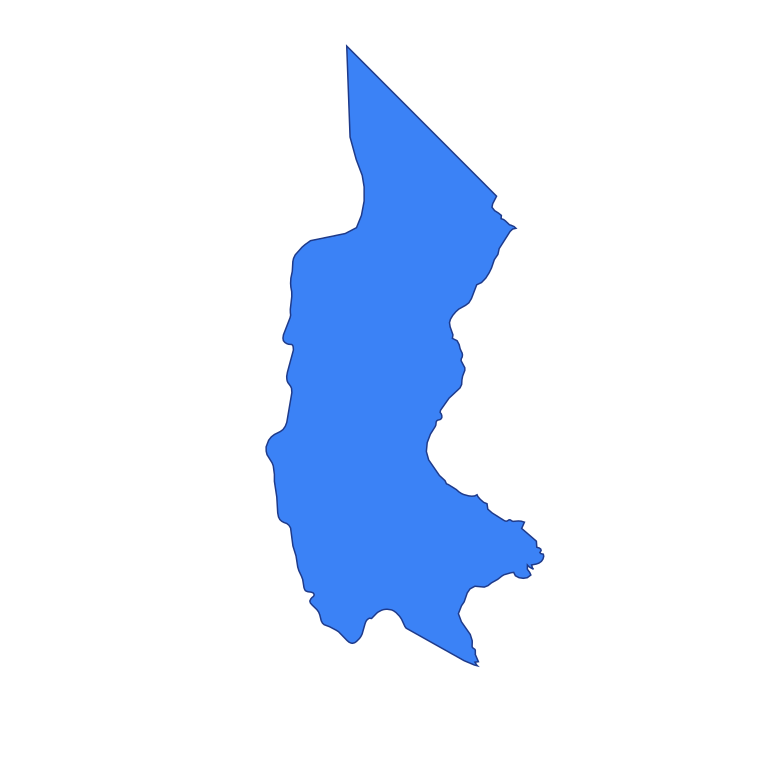 SVG path tracing the border of Northern, rotated 45°
{"feature_id": "PNG-1256", "entity_name": "Northern", "entity_type": "Province", "adm_level": 1, "iso_a3": "PNG", "parent_name": "Papua New Guinea", "parent_adm1": "", "projection": "albers", "projection_center": [148.587, -8.98], "detail": "fine", "context": "isolated", "style": "filled", "palette": "blue", "viewbox_px": 768, "rotation_deg": 45, "n_neighbors": 0, "source": "natural_earth", "source_scale": "10m", "svg_char_len": 3554}
<svg xmlns="http://www.w3.org/2000/svg" viewBox="0 0 768 768"><g transform="rotate(45 384 384)"><path d="M330.8,171.6L333.4,179.7L335.4,182.7L339.6,183.2L344.0,182.2L347.8,181.8L349.9,184.3L352.3,183.1L354.7,182.8L360.2,182.7L361.3,182.0L364.7,180.7L367.2,180.6L365.4,183.5L365.3,187.0L369.7,206.8L372.9,211.8L374.1,218.1L378.0,226.0L379.7,231.0L381.1,237.2L381.2,243.3L379.4,248.3L385.4,261.7L386.6,266.6L386.1,270.4L383.9,278.2L383.7,282.2L384.1,286.9L385.2,291.2L386.9,294.3L390.3,296.8L398.0,300.5L400.1,303.4L405.1,301.7L409.3,303.0L412.8,305.2L415.6,306.3L417.2,306.8L418.9,307.9L420.2,309.6L420.8,311.5L422.0,313.0L429.7,315.4L431.5,317.2L434.0,322.8L436.2,326.0L439.2,329.4L440.5,333.0L440.0,348.0L442.5,362.5L443.7,364.4L445.7,364.7L447.4,365.6L448.6,366.8L449.0,368.1L448.8,369.5L447.6,371.5L447.3,372.6L447.7,373.9L449.7,376.4L450.3,377.9L452.3,386.7L456.0,394.9L461.7,401.8L469.3,406.1L487.9,409.5L495.5,409.2L498.7,410.4L500.7,409.6L509.8,407.5L513.3,407.3L516.1,406.7L518.5,405.8L523.0,403.2L525.4,401.3L527.3,399.0L528.1,396.5L529.8,397.2L533.7,397.5L538.2,397.2L541.5,395.8L545.9,399.1L551.7,398.7L565.4,395.6L566.7,395.1L567.6,394.4L568.0,393.6L568.5,391.5L569.6,390.7L571.1,390.5L572.4,389.9L575.8,385.9L578.0,384.0L581.0,382.4L583.5,388.8L602.9,387.4L607.5,391.4L609.7,390.2L611.6,389.9L612.9,390.7L613.4,393.0L614.9,393.0L617.0,391.7L618.8,392.9L620.2,395.4L620.7,398.1L620.2,401.1L619.0,403.6L616.3,407.6L617.5,408.2L618.3,408.8L619.2,409.1L620.7,409.3L617.2,410.4L615.5,410.7L613.4,410.6L616.3,413.6L620.2,414.2L622.9,415.2L622.3,419.6L619.9,422.9L616.4,425.5L612.5,426.7L608.9,425.5L607.3,427.6L603.7,434.1L603.1,436.7L602.6,441.4L600.6,448.6L600.1,453.1L598.5,456.7L591.3,462.7L589.7,468.0L590.6,472.9L594.7,481.3L595.6,486.0L599.0,493.8L606.9,497.4L622.1,500.1L627.8,503.1L629.0,504.2L631.3,506.7L632.3,507.6L633.3,507.8L635.8,507.4L636.7,507.6L639.4,510.2L639.6,510.6L647.1,513.6L645.0,516.4L648.4,517.2L649.3,517.2L646.6,518.8L636.3,523.0L572.3,541.0L570.3,540.7L562.7,537.9L559.2,537.2L554.1,537.1L551.2,537.6L549.0,538.4L545.4,541.1L544.1,542.6L543.1,544.0L542.2,545.8L541.1,549.4L540.9,551.1L541.0,558.6L539.2,560.0L538.9,561.4L538.8,563.2L539.2,564.9L540.1,566.9L545.3,576.2L546.2,578.9L546.6,581.3L546.6,585.5L546.2,587.7L545.1,589.6L543.9,590.5L541.8,591.3L539.1,591.5L527.1,591.3L524.3,591.9L517.2,594.1L511.9,596.5L509.6,596.6L507.0,595.8L501.9,592.7L499.1,591.5L496.0,591.0L489.5,591.1L486.8,590.9L485.0,589.9L484.2,587.6L484.1,585.8L484.3,584.2L484.1,583.1L483.4,582.2L481.9,581.8L480.6,582.2L479.1,583.1L477.1,584.7L475.6,585.4L474.6,585.7L473.5,585.5L472.5,585.1L471.3,584.5L464.7,579.7L461.6,578.3L455.8,576.2L452.4,574.4L443.4,567.8L434.1,562.9L419.8,551.9L416.7,551.1L413.9,551.4L411.1,552.7L408.7,553.4L406.2,553.5L403.4,552.6L400.0,550.3L388.2,539.8L375.3,530.3L370.4,525.4L363.6,520.2L360.7,518.9L351.3,516.7L348.2,514.8L345.1,511.8L342.2,505.3L341.7,501.1L342.2,497.2L344.3,490.9L344.8,487.6L344.1,483.7L342.4,479.9L324.9,455.2L321.6,452.4L319.3,451.6L315.2,451.0L313.4,450.3L311.8,449.2L309.8,447.4L307.4,444.0L295.9,424.0L293.3,421.8L291.9,421.2L290.7,421.4L288.4,423.4L286.7,424.2L284.6,424.7L282.2,424.5L280.1,423.0L278.1,420.3L270.6,403.3L269.3,401.3L267.4,399.8L264.9,397.4L256.9,387.3L253.5,384.0L249.7,381.4L246.7,378.8L243.3,375.0L239.5,369.2L233.0,361.9L231.2,359.1L229.9,355.4L229.3,345.2L229.6,341.2L230.7,334.6L250.2,305.0L254.0,292.9L248.8,280.7L240.6,268.7L230.6,258.7L221.1,251.9L205.6,244.9L185.4,233.4L118.7,171.4L330.8,171.6Z" fill="#3b82f6" stroke="#1e3a8a" stroke-width="1.5"/></g></svg>